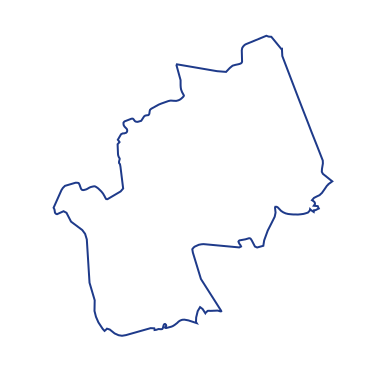 SVG path tracing the border of Jizzakh, rotated 72°
{"feature_id": "UZB-370", "entity_name": "Jizzakh", "entity_type": "Region", "adm_level": 1, "iso_a3": "UZB", "parent_name": "Uzbekistan", "parent_adm1": "", "projection": "albers", "projection_center": [67.735, 40.342], "detail": "fine", "context": "isolated", "style": "outline", "palette": "blue", "viewbox_px": 384, "rotation_deg": 72, "n_neighbors": 0, "source": "natural_earth", "source_scale": "10m", "svg_char_len": 4058}
<svg xmlns="http://www.w3.org/2000/svg" viewBox="0 0 384 384"><g transform="rotate(72 192 192)"><path d="M311.4,216.8L306.5,218.1L304.0,219.9L307.1,223.4L312.6,226.8L316.9,228.4L318.1,228.1L313.0,235.1L311.1,238.6L310.6,240.3L310.5,241.5L310.6,242.6L310.7,243.5L311.2,245.0L311.6,245.8L311.7,246.0L312.0,246.6L313.0,249.4L313.4,250.9L313.6,251.8L313.7,253.3L313.4,258.5L313.0,259.4L312.5,259.5L312.1,258.8L311.6,258.2L311.0,257.8L310.2,257.8L309.2,258.4L309.1,259.0L309.4,259.6L310.0,260.2L312.2,261.6L312.8,262.1L313.1,262.7L313.0,263.6L312.6,264.7L312.0,266.1L312.0,268.6L311.7,270.2L311.4,270.1L310.0,270.0L308.7,273.4L307.7,299.1L307.1,303.0L305.5,306.1L302.6,309.3L297.4,312.7L295.7,315.1L296.2,316.0L297.1,318.1L294.7,319.2L287.1,321.3L281.0,321.9L275.0,321.5L264.9,318.0L246.6,317.5L204.6,306.7L198.8,306.6L194.3,308.1L182.8,316.2L173.0,317.8L170.6,320.1L171.4,327.2L171.0,327.8L170.5,328.2L169.9,328.5L169.3,328.7L166.1,328.2L164.2,328.5L155.0,320.2L149.9,315.6L148.2,313.5L146.9,310.9L147.2,299.8L147.6,298.6L148.4,297.1L150.0,296.7L153.7,296.6L154.8,296.5L155.9,296.0L156.4,295.3L156.7,294.3L156.8,292.4L156.8,291.5L156.5,289.9L156.3,289.1L156.1,288.0L156.0,286.6L156.2,284.2L156.4,283.1L156.7,282.5L157.7,281.5L159.6,280.1L163.4,278.1L166.0,277.1L169.3,276.4L170.3,276.3L172.2,275.8L172.7,274.6L169.4,259.7L167.4,256.4L146.2,252.3L143.3,251.9L142.1,252.4L141.0,252.2L140.2,251.8L138.2,250.5L137.4,250.5L136.5,250.8L134.6,250.9L133.2,250.7L123.6,248.0L122.1,245.5L121.6,245.7L121.0,245.8L119.4,246.4L115.2,241.7L115.0,240.8L114.9,239.5L115.3,238.5L115.3,236.3L114.7,235.3L113.8,234.7L112.9,234.5L112.1,234.5L111.5,234.7L109.1,235.9L108.4,236.1L107.4,236.3L106.4,236.2L105.0,235.8L104.4,235.1L104.0,234.3L103.6,227.1L103.7,226.3L104.0,225.6L104.6,225.2L106.9,224.4L107.5,223.9L107.9,223.4L108.5,222.0L108.6,218.3L105.3,214.2L104.9,212.9L105.0,211.7L105.2,210.8L105.4,209.7L105.0,209.0L104.4,208.4L101.9,207.2L100.9,206.5L100.5,205.7L100.2,204.9L98.6,196.6L98.4,193.9L98.2,186.4L98.3,185.3L98.4,184.3L98.7,183.4L99.7,181.0L100.5,178.7L100.6,176.5L100.4,175.0L99.9,173.4L99.0,171.4L98.4,170.4L97.7,169.9L97.0,170.0L93.8,170.6L91.0,170.7L89.1,170.4L87.1,169.9L82.1,168.3L66.8,167.6L65.9,166.9L84.8,130.9L88.3,122.5L85.7,117.7L84.6,114.9L84.4,114.2L84.5,111.5L84.8,108.7L84.9,107.1L84.8,105.9L84.6,105.2L84.2,104.6L83.5,104.1L72.7,100.9L71.0,100.0L70.3,99.5L69.3,98.2L68.6,96.9L68.3,96.1L68.1,95.2L66.4,73.0L67.9,71.1L68.9,68.6L83.7,62.8L83.7,62.2L85.7,62.8L90.6,64.1L104.5,63.4L116.3,62.8L133.8,61.9L146.6,61.2L161.9,60.3L171.6,59.8L187.2,58.8L202.5,57.9L203.9,58.3L205.3,58.7L207.8,60.0L210.3,61.3L211.6,61.8L212.9,62.3L214.1,62.1L215.2,61.9L218.7,59.6L222.2,57.3L223.7,56.3L225.2,55.3L226.0,57.6L226.7,59.9L226.8,60.0L227.0,60.1L227.4,61.0L227.8,61.8L230.5,65.3L233.1,68.8L233.7,70.2L234.4,71.6L234.8,74.7L235.3,77.8L236.1,79.1L236.9,80.4L237.6,79.8L238.4,79.2L239.1,78.8L239.9,78.5L240.6,78.6L241.4,78.7L242.0,79.5L242.7,80.4L243.5,78.6L244.3,76.8L245.6,76.7L246.9,76.5L247.1,78.2L247.4,79.9L247.4,80.1L247.4,80.3L247.2,81.0L247.1,81.7L247.7,81.9L248.2,82.1L248.4,82.3L248.6,82.4L247.2,83.5L245.8,84.5L245.3,84.8L244.8,85.0L245.3,85.3L245.8,85.5L246.1,85.9L246.4,86.3L246.9,87.2L247.4,88.1L247.4,90.4L247.3,92.7L246.8,95.4L246.2,98.1L245.3,100.7L244.4,103.3L243.5,105.4L242.6,107.4L241.9,108.5L241.3,109.5L240.4,110.5L239.5,111.5L238.5,112.3L237.5,113.1L235.4,114.1L233.3,115.1L232.7,115.6L232.2,116.1L232.0,116.7L231.8,117.3L232.2,117.6L232.6,117.9L235.0,118.4L237.4,118.9L239.2,119.9L241.1,121.0L246.6,126.4L252.1,131.9L256.2,135.1L260.3,138.3L265.2,140.8L264.9,147.2L263.3,149.0L256.7,150.1L255.1,150.5L254.4,150.8L253.9,151.3L253.6,152.1L253.5,155.9L252.7,161.8L253.0,162.6L253.6,163.2L255.7,163.0L257.8,162.3L259.0,162.2L259.3,164.2L245.1,197.2L244.6,199.4L244.3,201.9L244.8,206.3L245.3,207.6L246.1,208.8L246.5,209.4L249.9,209.9L277.5,210.4L313.9,201.0L314.4,201.0L314.5,201.4L313.9,202.5L313.3,203.3L312.8,204.1L312.4,205.3L310.7,211.4L310.2,212.5L309.9,213.9L311.3,216.7L311.4,216.8Z" fill="none" stroke="#1e3a8a" stroke-width="2"/></g></svg>